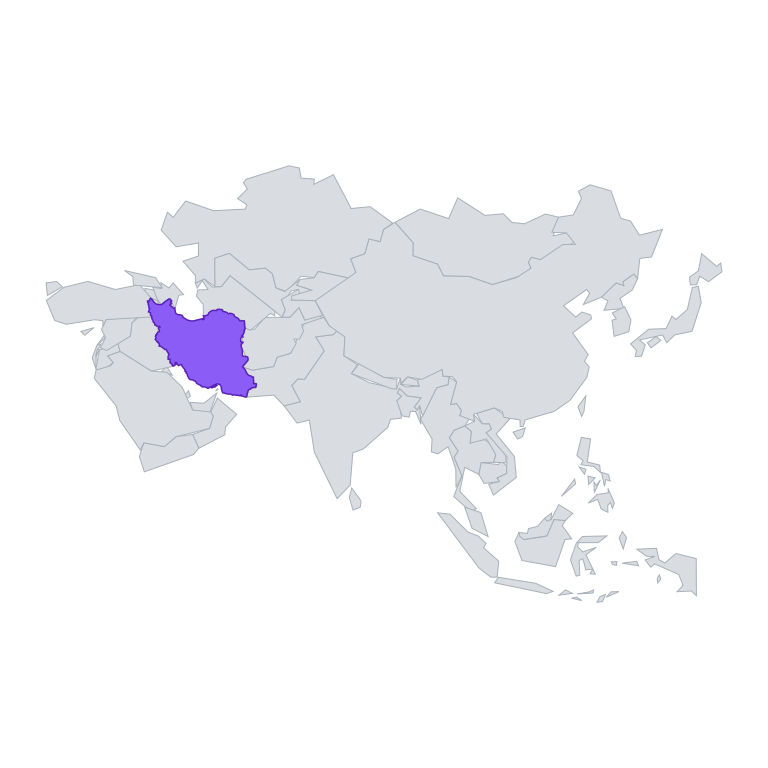 location of Iran within Asia
{"feature_id": "IRN", "entity_name": "Iran", "entity_type": "country or territory", "adm_level": 0, "iso_a3": "IRN", "parent_name": "Asia", "parent_adm1": "", "projection": "mercator", "projection_center": [53.162, 32.435], "detail": "fine", "context": "in_parent", "style": "filled", "palette": "violet", "viewbox_px": 768, "rotation_deg": 0, "n_neighbors": 45, "source": "natural_earth", "source_scale": "50m", "svg_char_len": 18638}
<svg xmlns="http://www.w3.org/2000/svg" viewBox="0 0 768 768"><path d="M392.7,223.1L383.6,229.6L380.2,241.8L369.0,239.1L364.9,253.8L350.8,258.8L355.9,272.5L352.5,278.9L318.3,271.5L314.2,277.7L301.1,276.1L286.7,291.6L275.8,287.8L272.3,273.9L265.6,268.2L249.2,269.9L229.4,253.4L214.8,258.2L215.0,286.8L204.3,279.1L195.4,283.2L195.4,275.5L183.0,261.2L198.4,256.0L198.5,243.0L176.1,246.8L161.2,230.1L167.4,212.2L173.2,217.3L185.6,201.0L213.6,210.7L245.4,209.1L246.8,204.8L237.6,198.6L247.4,189.1L243.4,182.6L246.0,179.3L289.1,165.8L299.3,168.0L301.1,178.1L314.3,179.1L313.8,184.3L333.4,174.7L351.2,208.5L370.2,206.7L392.7,223.1Z" fill="#d9dde1" stroke="#a8b0b8" stroke-width="1"/><path d="M215.0,286.8L214.8,258.2L229.4,253.4L249.2,269.9L265.6,268.2L272.3,273.9L275.8,287.8L284.6,291.6L299.9,279.5L296.8,285.2L311.7,290.1L304.5,295.5L297.8,294.9L298.2,289.4L290.6,291.1L286.1,300.0L281.4,299.6L285.3,310.0L282.1,317.2L230.1,275.8L221.4,286.7L215.0,286.8Z" fill="#d9dde1" stroke="#a8b0b8" stroke-width="1"/><path d="M696.2,558.6L696.4,595.7L691.4,591.0L677.1,591.7L683.0,585.4L678.8,574.5L654.7,563.9L650.8,567.2L645.2,559.9L654.9,556.4L646.6,556.4L636.9,549.2L656.5,548.3L659.0,559.6L664.8,563.0L676.1,553.5L696.2,558.6ZM605.5,594.4L602.5,601.6L597.0,602.2L599.9,596.7L605.5,594.4ZM657.8,583.0L657.2,578.7L659.4,574.8L660.7,579.1L657.8,583.0ZM565.4,520.5L562.2,525.6L571.7,538.8L565.0,539.5L555.6,566.6L522.0,560.5L514.9,541.6L518.9,532.5L523.7,539.5L542.3,537.0L546.9,535.8L554.0,519.5L565.4,520.5ZM622.1,563.1L636.6,561.4L638.7,565.8L622.1,563.1ZM616.3,565.4L612.4,564.3L611.3,561.9L617.0,561.6L616.3,565.4ZM622.3,531.6L626.5,537.5L623.2,549.0L619.2,538.2L622.3,531.6ZM582.4,536.5L607.0,535.9L598.2,542.6L578.4,542.6L577.6,546.8L582.7,551.9L596.3,547.4L585.9,554.7L595.3,574.2L590.0,573.8L592.8,569.2L585.8,569.8L582.9,558.8L579.1,560.5L579.8,575.2L576.2,576.1L570.4,559.8L576.4,543.0L582.4,536.5ZM581.8,600.6L571.5,598.2L576.8,597.1L581.8,600.6ZM576.9,594.0L588.7,592.0L593.8,589.9L593.0,593.0L576.9,594.0ZM565.5,589.9L572.4,593.4L558.9,595.2L565.5,589.9ZM498.4,577.3L535.6,583.3L553.1,591.4L546.6,593.6L494.6,582.8L498.4,577.3ZM483.6,547.9L498.8,561.2L497.1,577.1L490.8,577.2L478.8,567.8L437.6,512.8L450.0,514.2L467.8,532.0L478.3,536.0L485.9,543.3L483.6,547.9Z" fill="#d9dde1" stroke="#a8b0b8" stroke-width="1"/><path d="M606.2,597.3L611.0,591.8L618.9,591.6L606.2,597.3Z" fill="#d9dde1" stroke="#a8b0b8" stroke-width="1"/><path d="M101.0,344.0L96.2,353.5L95.9,369.0L92.2,357.8L96.9,345.3L101.0,344.0Z" fill="#d9dde1" stroke="#a8b0b8" stroke-width="1"/><path d="M105.5,337.7L97.1,345.3L104.5,335.0L105.5,337.7Z" fill="#d9dde1" stroke="#a8b0b8" stroke-width="1"/><path d="M99.4,350.0L95.9,356.9L97.4,349.0L99.4,350.0Z" fill="#d9dde1" stroke="#a8b0b8" stroke-width="1"/><path d="M99.4,350.0L117.8,343.3L120.1,351.5L107.7,355.9L113.3,362.5L102.4,371.0L95.9,369.0L99.4,350.0Z" fill="#d9dde1" stroke="#a8b0b8" stroke-width="1"/><path d="M190.2,402.4L203.9,403.2L216.7,393.2L209.6,413.2L192.6,410.1L190.2,402.4Z" fill="#d9dde1" stroke="#a8b0b8" stroke-width="1"/><path d="M185.8,399.2L185.4,394.7L188.5,390.7L190.3,396.4L185.8,399.2Z" fill="#d9dde1" stroke="#a8b0b8" stroke-width="1"/><path d="M166.0,365.4L172.3,375.2L161.8,371.7L166.0,365.4Z" fill="#d9dde1" stroke="#a8b0b8" stroke-width="1"/><path d="M120.1,351.5L117.8,343.3L130.3,336.2L131.9,322.8L140.4,315.5L151.7,317.0L159.0,327.5L155.3,339.3L166.2,349.5L173.1,366.3L151.3,371.1L120.1,351.5Z" fill="#d9dde1" stroke="#a8b0b8" stroke-width="1"/><path d="M210.7,411.9L217.4,398.2L236.7,414.3L225.5,426.9L224.8,434.7L198.8,448.3L192.6,434.4L209.5,428.4L213.3,416.2L210.7,411.9ZM217.9,389.5L215.6,391.1L217.2,388.9L217.9,389.5Z" fill="#d9dde1" stroke="#a8b0b8" stroke-width="1"/><path d="M478.8,474.4L481.1,462.6L498.4,464.6L501.0,460.5L507.3,466.6L506.6,473.5L497.1,478.0L499.6,481.5L484.0,483.4L478.8,474.4Z" fill="#d9dde1" stroke="#a8b0b8" stroke-width="1"/><path d="M493.7,462.3L481.1,462.6L478.8,474.4L464.7,467.3L459.8,491.4L476.3,508.6L470.7,511.6L453.7,496.5L461.9,476.1L454.0,457.3L458.0,451.1L449.3,437.7L454.3,430.1L464.8,425.8L471.4,431.6L470.2,443.2L482.3,438.5L490.9,443.7L495.8,454.7L493.7,462.3Z" fill="#d9dde1" stroke="#a8b0b8" stroke-width="1"/><path d="M506.0,462.7L493.7,462.3L495.8,454.7L486.6,438.9L470.2,443.2L471.4,431.6L464.8,425.8L474.4,421.3L473.5,414.3L482.3,423.7L489.3,423.8L491.5,429.0L486.2,432.8L505.6,452.7L506.0,462.7Z" fill="#d9dde1" stroke="#a8b0b8" stroke-width="1"/><path d="M464.8,425.8L454.3,430.1L449.3,437.7L458.0,451.1L454.0,457.3L461.9,476.1L456.0,487.4L455.8,469.0L448.1,446.7L438.0,453.8L431.3,451.9L432.1,439.1L420.6,419.4L436.6,387.8L448.0,384.6L449.1,377.1L456.7,381.9L450.6,404.6L456.6,403.5L461.5,410.4L459.9,415.5L470.7,417.1L464.8,425.8Z" fill="#d9dde1" stroke="#a8b0b8" stroke-width="1"/><path d="M488.7,484.2L499.6,481.5L497.1,478.0L506.6,473.5L507.0,456.8L486.2,432.8L491.5,429.0L489.3,423.8L482.3,423.7L476.5,413.4L494.3,407.9L509.7,419.0L496.2,434.0L514.4,456.4L516.3,477.4L493.4,495.1L488.7,484.2Z" fill="#d9dde1" stroke="#a8b0b8" stroke-width="1"/><path d="M637.6,278.5L632.3,290.0L620.0,298.3L623.8,308.4L604.0,310.3L607.9,301.0L601.5,297.1L606.1,292.3L616.2,282.9L623.8,285.6L622.9,281.6L633.9,274.0L637.6,278.5Z" fill="#d9dde1" stroke="#a8b0b8" stroke-width="1"/><path d="M612.3,312.9L624.6,306.7L630.9,319.8L628.8,331.7L614.1,336.4L612.0,320.2L616.2,319.0L612.3,312.9Z" fill="#d9dde1" stroke="#a8b0b8" stroke-width="1"/><path d="M394.9,222.3L420.2,209.1L448.7,218.6L457.7,197.8L485.0,215.4L503.2,213.8L512.1,222.5L524.5,223.8L545.5,214.0L558.6,217.2L553.3,235.8L566.4,232.9L576.1,241.4L540.4,259.7L531.4,257.3L528.4,262.4L531.1,268.1L523.1,274.9L492.3,284.6L469.0,276.5L443.5,276.0L437.6,264.2L412.9,255.8L413.1,242.8L394.9,222.3Z" fill="#d9dde1" stroke="#a8b0b8" stroke-width="1"/><path d="M449.1,377.1L448.0,384.6L436.6,387.8L422.7,416.0L419.7,406.2L417.3,410.2L414.2,407.0L421.0,397.9L407.1,396.0L399.5,388.6L397.5,392.9L401.6,396.2L396.8,400.8L400.2,402.5L401.3,418.1L390.5,419.3L387.8,427.4L363.4,448.9L352.8,452.8L350.2,485.0L337.1,498.7L314.4,452.2L309.3,420.1L297.1,423.1L284.1,405.8L300.3,401.7L291.7,385.5L297.9,378.8L304.5,379.3L324.2,350.8L315.6,336.9L333.3,334.6L338.8,328.8L344.9,336.9L343.9,355.8L357.3,364.6L351.5,373.6L369.7,382.8L396.6,388.8L400.4,378.2L401.0,384.5L406.2,386.9L419.1,386.1L417.2,380.2L442.2,369.4L443.0,376.1L449.1,377.1Z" fill="#d9dde1" stroke="#a8b0b8" stroke-width="1"/><path d="M419.7,406.2L421.0,424.3L415.6,411.5L410.4,411.3L409.1,417.2L402.1,415.9L396.8,400.8L401.6,396.2L397.5,392.9L399.5,388.6L407.1,396.0L421.0,397.9L414.2,407.0L417.3,410.2L419.7,406.2Z" fill="#d9dde1" stroke="#a8b0b8" stroke-width="1"/><path d="M417.2,380.2L419.1,386.1L401.0,384.5L407.7,376.8L417.2,380.2Z" fill="#d9dde1" stroke="#a8b0b8" stroke-width="1"/><path d="M397.0,379.5L396.6,388.8L391.9,388.9L351.5,373.6L359.6,363.0L384.0,377.4L397.0,379.5Z" fill="#d9dde1" stroke="#a8b0b8" stroke-width="1"/><path d="M338.8,328.8L333.3,334.6L315.6,336.9L324.2,350.8L304.5,379.3L297.9,378.8L291.7,385.5L300.3,401.7L284.1,405.8L273.9,395.1L246.3,397.2L248.4,389.9L256.6,386.7L242.8,366.9L252.3,370.2L273.7,366.5L277.1,357.2L290.6,353.2L304.9,321.7L323.6,317.3L329.5,326.0L338.8,328.8Z" fill="#d9dde1" stroke="#a8b0b8" stroke-width="1"/><path d="M264.7,317.4L289.9,317.2L299.0,307.6L304.9,320.1L312.9,314.7L323.6,317.3L301.6,324.8L303.5,331.2L299.4,339.2L294.0,339.0L296.2,343.5L290.6,353.2L277.1,357.2L273.7,366.5L252.3,370.2L242.8,366.9L247.9,361.0L240.9,346.0L244.7,327.7L254.7,329.4L264.7,317.4Z" fill="#d9dde1" stroke="#a8b0b8" stroke-width="1"/><path d="M282.1,317.2L285.3,310.0L281.4,299.6L298.2,289.4L300.2,294.7L291.4,300.0L315.2,300.7L322.6,315.3L304.9,320.1L299.0,307.6L289.9,317.2L282.1,317.2Z" fill="#d9dde1" stroke="#a8b0b8" stroke-width="1"/><path d="M299.9,279.5L314.2,277.7L318.3,271.5L352.5,278.9L315.2,300.7L291.4,300.0L291.9,295.8L311.7,290.1L296.8,285.2L299.9,279.5Z" fill="#d9dde1" stroke="#a8b0b8" stroke-width="1"/><path d="M195.4,283.2L204.3,279.1L212.1,287.1L221.4,286.7L230.1,275.8L274.9,311.3L274.7,315.7L270.3,313.5L250.4,330.4L244.7,327.7L244.2,321.8L222.7,310.9L203.4,316.8L203.2,304.2L196.5,296.3L197.7,290.0L208.0,289.5L202.3,280.6L197.2,288.1L195.4,283.2Z" fill="#d9dde1" stroke="#a8b0b8" stroke-width="1"/><path d="M100.4,347.8L105.5,337.7L101.5,329.4L106.2,319.5L137.9,316.6L131.9,322.8L130.3,336.2L106.7,350.5L100.4,347.8Z" fill="#d9dde1" stroke="#a8b0b8" stroke-width="1"/><path d="M161.5,305.5L145.3,294.7L144.9,288.4L156.1,290.5L161.5,305.5Z" fill="#d9dde1" stroke="#a8b0b8" stroke-width="1"/><path d="M151.7,317.0L106.2,319.5L102.9,326.5L102.9,320.7L94.7,319.7L66.4,324.3L54.7,320.6L46.4,300.5L63.8,287.4L87.9,281.4L115.3,289.5L139.5,284.7L151.8,298.7L147.9,300.7L151.7,317.0ZM46.1,282.9L56.7,281.5L62.3,286.8L47.4,295.4L46.1,282.9Z" fill="#d9dde1" stroke="#a8b0b8" stroke-width="1"/><path d="M361.1,501.2L360.3,507.1L353.0,510.1L349.3,497.3L351.8,488.0L361.1,501.2Z" fill="#d9dde1" stroke="#a8b0b8" stroke-width="1"/><path d="M517.8,439.1L513.0,432.2L525.2,427.9L522.7,436.3L517.8,439.1ZM315.2,300.7L355.9,272.5L350.8,258.8L364.9,253.8L369.0,239.1L380.2,241.8L383.6,229.6L394.9,222.3L413.1,242.8L412.9,255.8L437.6,264.2L443.5,276.0L469.0,276.5L492.3,284.6L516.5,277.6L531.1,268.1L528.4,262.4L531.4,257.3L540.4,259.7L562.8,244.5L575.5,244.4L566.4,232.9L551.8,232.3L558.6,217.2L573.3,214.9L581.5,198.5L578.4,191.2L590.1,184.8L611.0,190.9L620.7,218.3L630.6,221.1L639.5,235.2L662.4,229.4L651.5,257.0L639.8,258.4L637.6,278.5L633.9,274.0L622.9,281.6L623.8,285.6L616.2,282.9L601.5,297.1L583.3,304.6L589.6,293.4L586.7,289.5L563.4,305.8L575.7,317.1L582.0,312.0L590.7,315.0L591.6,318.7L572.6,332.9L588.2,354.6L584.5,361.4L589.2,366.9L586.9,377.3L569.8,400.5L554.1,411.4L525.2,419.9L523.3,426.3L520.2,426.6L520.0,419.9L504.0,417.4L502.2,411.4L494.3,407.9L473.5,414.3L474.4,421.3L459.9,415.5L461.5,410.4L456.6,403.5L450.6,404.6L456.7,381.9L452.4,376.6L443.0,376.1L442.2,369.4L421.8,379.4L407.7,376.8L400.9,383.2L400.4,378.2L384.0,377.4L343.9,355.8L344.9,336.9L329.5,326.0L315.2,300.7Z" fill="#d9dde1" stroke="#a8b0b8" stroke-width="1"/><path d="M585.8,395.9L584.0,411.4L581.6,416.4L578.0,406.7L585.8,395.9Z" fill="#d9dde1" stroke="#a8b0b8" stroke-width="1"/><path d="M160.9,282.6L168.9,288.0L173.2,283.0L183.5,294.6L178.8,295.2L174.9,308.8L170.3,299.6L161.5,305.5L156.4,297.3L152.8,287.2L161.4,288.6L160.9,282.6ZM159.4,305.8L155.5,304.8L151.8,298.7L157.1,300.4L159.4,305.8Z" fill="#d9dde1" stroke="#a8b0b8" stroke-width="1"/><path d="M124.4,270.5L155.6,277.7L162.2,287.7L133.4,285.1L132.9,276.6L124.4,270.5Z" fill="#d9dde1" stroke="#a8b0b8" stroke-width="1"/><path d="M584.5,474.3L579.2,467.0L586.0,469.3L584.5,474.3ZM594.3,492.6L594.0,481.9L596.3,485.5L600.4,479.9L594.3,492.6ZM608.0,488.4L614.4,503.1L612.4,508.3L610.4,502.5L607.7,505.4L607.9,512.3L601.2,509.0L597.8,499.4L588.2,503.1L597.1,494.5L608.3,492.8L608.0,488.4ZM575.6,483.8L561.4,496.4L574.6,479.1L575.6,483.8ZM590.6,439.0L587.2,462.0L599.7,465.1L600.4,472.4L593.9,466.5L580.9,464.7L583.0,460.8L576.9,455.6L581.4,437.3L590.6,439.0ZM588.7,484.5L588.0,476.1L595.0,477.9L588.7,484.5ZM608.5,474.6L610.1,481.0L605.7,479.5L604.5,486.3L601.5,472.3L608.5,474.6Z" fill="#d9dde1" stroke="#a8b0b8" stroke-width="1"/><path d="M464.7,507.2L480.9,512.6L488.1,536.6L472.1,528.3L464.7,507.2ZM565.4,520.5L554.0,519.5L546.9,535.8L523.7,539.5L519.8,536.3L518.9,532.5L527.4,533.4L528.5,528.6L537.7,526.3L544.6,518.3L551.0,519.5L558.8,504.6L572.7,513.3L565.4,520.5Z" fill="#d9dde1" stroke="#a8b0b8" stroke-width="1"/><path d="M551.6,513.0L551.0,519.5L547.1,521.2L544.6,518.3L551.6,513.0Z" fill="#d9dde1" stroke="#a8b0b8" stroke-width="1"/><path d="M701.2,302.6L692.0,331.3L674.8,334.9L666.7,342.7L662.7,335.0L639.5,339.9L645.3,344.9L641.5,356.2L635.1,356.5L636.5,350.5L630.6,343.9L648.8,329.2L666.1,328.6L672.0,316.1L675.8,319.5L687.3,309.6L692.3,287.6L698.3,286.2L701.2,302.6ZM716.7,266.4L720.7,263.0L721.9,271.8L708.6,281.6L699.7,276.3L696.6,284.7L690.3,284.8L689.5,277.2L698.4,270.8L701.7,253.7L716.7,266.4ZM647.4,342.7L656.1,336.6L660.9,340.4L651.0,347.9L647.4,342.7Z" fill="#d9dde1" stroke="#a8b0b8" stroke-width="1"/><path d="M192.6,434.4L198.8,448.3L193.5,454.5L144.4,471.8L139.4,456.8L143.8,442.8L164.3,446.6L176.2,436.6L192.6,434.4Z" fill="#d9dde1" stroke="#a8b0b8" stroke-width="1"/><path d="M96.1,370.0L110.5,365.8L113.3,362.5L107.7,355.9L120.1,351.5L151.3,371.1L166.9,372.3L182.1,387.1L192.6,410.1L210.7,411.9L213.3,416.2L209.5,428.4L176.2,436.6L164.3,446.6L143.8,442.8L140.4,450.1L119.8,420.5L116.1,405.9L94.3,378.4L96.1,370.0Z" fill="#d9dde1" stroke="#a8b0b8" stroke-width="1"/><path d="M94.0,327.6L84.9,335.2L80.8,331.5L94.0,327.6Z" fill="#d9dde1" stroke="#a8b0b8" stroke-width="1"/><path d="M203.4,315.8L205.0,315.9L205.6,315.7L207.1,315.1L207.5,315.1L207.8,314.9L208.1,314.7L208.7,313.1L209.0,312.7L210.0,311.8L211.7,310.7L212.8,310.4L214.3,310.4L215.5,310.5L216.5,310.6L216.9,310.4L217.0,309.7L217.3,309.5L217.7,309.3L219.0,309.3L219.6,309.3L220.3,309.6L221.9,309.5L222.3,309.8L222.6,310.2L222.7,310.5L222.7,311.2L222.9,311.3L223.2,311.5L223.8,311.6L224.9,311.8L226.4,312.3L227.1,312.7L228.0,313.5L228.7,313.7L229.0,313.7L229.6,313.3L230.2,313.6L231.1,313.4L231.8,313.6L233.5,314.5L233.9,314.6L234.1,315.1L234.2,315.9L234.7,316.4L235.3,317.0L237.5,317.9L238.2,318.5L239.8,320.8L244.2,320.8L244.4,321.3L244.4,322.2L244.5,323.2L244.7,323.9L244.7,324.6L244.5,324.9L244.4,325.4L244.6,325.7L244.9,326.2L244.9,326.9L244.8,327.3L244.8,327.7L245.0,327.9L245.1,328.4L245.1,328.7L244.9,328.9L244.6,329.7L244.6,330.1L244.1,330.3L244.1,330.8L244.3,331.6L243.9,332.8L243.9,333.2L243.2,334.2L243.2,334.6L242.4,335.3L242.0,335.4L241.9,335.5L242.0,335.7L242.1,335.8L242.9,336.9L241.5,337.0L240.6,338.4L240.8,340.2L240.6,341.1L240.7,341.6L241.1,341.9L241.5,342.1L242.4,342.1L243.0,342.2L243.0,342.5L241.9,343.7L241.0,345.0L241.0,345.5L241.1,345.9L242.5,350.9L242.5,351.5L242.3,352.7L242.3,353.4L242.4,354.4L242.3,354.9L242.5,356.0L247.2,356.7L247.8,357.3L248.1,358.8L248.1,359.8L247.9,360.3L242.6,366.7L245.3,369.9L245.4,370.1L245.4,370.6L246.4,372.3L246.7,373.1L247.0,373.6L248.5,375.2L249.3,375.6L249.9,375.7L251.1,376.1L251.6,376.4L252.3,377.2L253.2,377.1L253.4,377.1L253.5,377.4L253.3,378.7L253.6,380.0L253.7,382.0L253.5,382.8L253.4,383.4L253.5,383.5L254.3,383.7L255.7,383.5L256.3,383.8L256.5,384.2L256.5,384.3L256.2,384.6L256.1,385.1L256.2,385.9L256.2,386.0L255.9,386.1L255.8,387.2L255.7,387.3L255.3,387.5L253.6,387.4L253.4,387.4L252.7,387.7L251.6,387.9L251.3,388.0L250.9,388.3L250.6,388.7L250.6,389.1L249.9,389.1L249.6,389.4L248.3,390.0L248.1,390.4L247.8,392.4L247.3,392.9L247.2,393.0L247.3,393.4L247.1,394.1L247.0,395.9L246.8,396.4L246.5,396.5L246.3,396.8L245.8,397.1L244.1,396.6L241.6,395.9L241.3,395.7L241.2,395.1L240.7,395.0L240.1,395.8L238.0,395.3L237.2,395.4L236.8,395.2L235.7,395.2L234.7,394.7L233.5,395.0L232.4,395.1L231.0,394.2L229.5,394.0L228.3,394.1L227.7,394.0L226.6,393.7L226.1,393.4L225.4,393.6L225.0,393.2L222.7,392.8L222.0,391.2L222.0,390.4L221.4,389.1L221.3,387.1L221.1,386.4L220.7,385.7L220.3,385.2L219.8,384.5L219.3,384.3L217.2,383.8L216.8,383.9L215.9,384.2L214.9,384.9L213.2,385.3L212.9,385.5L212.5,386.2L211.9,386.6L211.2,386.5L210.4,386.9L208.9,387.9L208.2,388.3L207.5,388.2L206.8,387.7L205.3,387.0L204.3,386.8L202.9,387.0L202.2,386.9L201.1,386.1L200.8,385.5L200.1,385.1L198.1,384.2L196.5,383.1L196.2,382.6L196.0,382.0L195.2,381.2L193.6,380.5L192.7,379.9L191.7,379.7L190.7,379.7L190.2,379.6L189.8,379.3L188.5,377.9L188.5,377.3L187.6,375.9L187.4,375.4L187.2,374.1L187.0,373.7L186.1,373.1L186.0,372.8L186.2,372.3L186.2,371.9L185.7,371.5L185.1,371.4L184.9,370.9L185.0,370.1L184.9,369.6L184.3,368.7L183.4,367.9L182.5,366.6L182.2,366.3L181.6,364.5L181.1,364.4L178.7,365.6L178.0,364.9L175.9,363.8L175.6,363.3L175.9,363.2L176.1,363.1L176.7,363.3L177.0,363.1L176.8,362.7L176.3,362.5L175.6,362.5L175.8,362.8L175.1,363.2L175.0,363.7L175.1,365.0L174.8,365.4L174.6,365.6L173.7,365.6L173.3,366.0L173.0,366.0L172.4,365.6L172.2,365.1L172.1,364.8L172.2,364.6L172.1,364.3L171.8,363.9L171.5,363.7L171.2,363.7L170.9,363.5L170.8,363.1L170.3,362.8L170.0,362.7L170.0,359.3L168.1,359.2L168.1,356.6L169.0,354.0L167.6,352.0L167.2,351.6L166.4,349.8L166.1,349.5L165.9,349.4L164.9,349.5L161.8,347.0L160.7,346.4L160.3,346.2L159.2,346.2L159.1,345.7L159.1,345.3L159.4,344.7L159.4,344.3L158.7,343.1L158.5,342.7L157.9,342.6L158.0,342.2L158.0,341.9L157.9,341.8L157.8,341.7L157.6,341.7L157.1,341.8L155.6,339.6L155.3,339.4L155.2,339.3L155.9,338.1L156.0,337.6L155.9,337.1L155.4,336.3L155.8,335.4L155.8,335.1L156.5,335.2L156.7,334.9L156.7,334.0L156.8,333.6L158.2,332.0L159.4,331.3L159.5,330.9L159.3,330.3L159.2,330.0L158.7,329.3L158.5,328.9L158.4,328.6L158.6,328.0L158.8,327.6L159.6,327.3L160.1,327.1L160.1,326.9L159.5,326.5L158.3,326.4L157.3,326.5L157.0,326.4L156.6,325.8L156.1,325.4L155.7,325.2L155.2,325.3L155.0,325.2L154.3,322.8L154.1,322.5L153.6,322.4L153.2,322.0L153.1,321.6L153.1,320.6L153.0,320.4L152.8,320.1L152.3,319.7L151.8,317.8L151.6,317.3L151.6,316.7L151.8,316.3L151.8,316.2L151.3,315.7L150.5,315.1L150.5,314.3L150.4,313.6L150.6,313.2L150.5,312.9L149.5,312.3L149.2,312.0L148.5,312.0L148.5,311.8L148.6,311.3L148.8,310.8L149.1,310.3L149.3,310.1L149.4,309.3L149.8,308.8L149.8,308.7L149.7,308.5L149.1,308.4L148.9,308.1L149.0,307.1L148.7,306.0L148.8,305.1L148.6,304.9L148.2,304.4L148.1,303.9L148.3,303.5L148.3,302.8L147.7,302.3L147.6,301.6L147.4,301.1L147.5,301.0L148.0,300.9L149.2,301.0L149.5,300.8L149.9,299.0L150.2,298.5L150.6,298.2L151.7,299.1L151.9,299.1L152.9,300.8L153.3,301.2L153.6,301.6L153.7,302.0L154.0,302.3L154.4,302.5L154.8,302.9L155.7,303.8L156.2,304.1L159.6,304.8L160.4,304.5L161.7,304.6L163.4,302.8L164.2,302.6L164.6,302.0L165.3,301.4L166.2,300.8L168.6,299.1L169.3,298.9L169.9,298.9L171.5,300.6L171.7,301.0L171.4,301.3L170.7,301.6L170.6,301.8L170.5,302.1L170.5,302.4L170.6,302.6L171.5,303.2L171.6,303.4L171.6,303.7L171.5,303.9L171.3,304.0L170.2,304.3L169.9,304.7L169.9,304.9L170.0,305.2L171.1,305.9L171.4,306.5L171.6,306.7L172.1,306.7L172.3,306.9L173.3,308.1L173.5,308.2L174.8,308.0L175.0,310.1L175.2,311.0L175.3,311.9L176.0,313.5L176.5,314.0L177.7,314.5L178.2,314.7L179.7,314.8L181.1,315.1L182.0,315.3L182.2,315.5L182.4,315.8L183.1,317.2L184.3,318.1L186.5,319.6L187.6,320.1L191.2,321.0L193.6,320.9L200.3,319.2L202.6,318.7L203.4,318.7L202.9,319.1L202.1,319.3L202.6,319.5L203.7,319.5L204.0,319.3L204.0,318.9L203.4,315.8ZM216.3,385.6L215.7,386.4L214.9,387.0L214.6,386.8L214.3,386.8L213.8,387.1L213.3,387.1L212.6,387.5L211.9,387.8L211.3,387.7L211.2,387.4L211.5,387.4L212.5,387.0L213.8,386.3L214.0,386.0L213.8,385.6L214.7,385.7L215.6,385.2L216.4,385.1L216.8,385.4L216.3,385.6Z" fill="#8b5cf6" stroke="#5b21b6" stroke-width="1.5"/></svg>